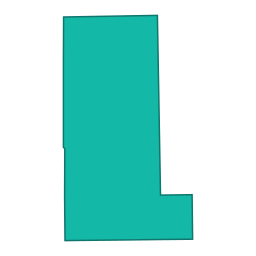 outline of Miami, Indiana, United States of America
{"feature_id": "52423323B68202154434089", "entity_name": "Miami", "entity_type": "district", "adm_level": 2, "iso_a3": "USA", "parent_name": "United States of America", "parent_adm1": "Indiana", "projection": "robinson", "projection_center": [-86.062, 40.781], "detail": "fine", "context": "isolated", "style": "filled", "palette": "teal", "viewbox_px": 256, "rotation_deg": 0, "n_neighbors": 0, "source": "geoboundaries", "source_scale": "gbopen_adm2", "svg_char_len": 289}
<svg xmlns="http://www.w3.org/2000/svg" viewBox="0 0 256 256"><path d="M65.0,240.6L80.9,240.4L129.2,239.9L160.8,239.5L192.6,239.2L192.1,194.7L160.5,195.1L157.4,15.4L63.6,17.0L63.4,61.5L63.4,147.3L64.8,148.7L64.6,195.7L65.0,240.6Z" fill="#14b8a6" stroke="#0f766e" stroke-width="1.5"/></svg>